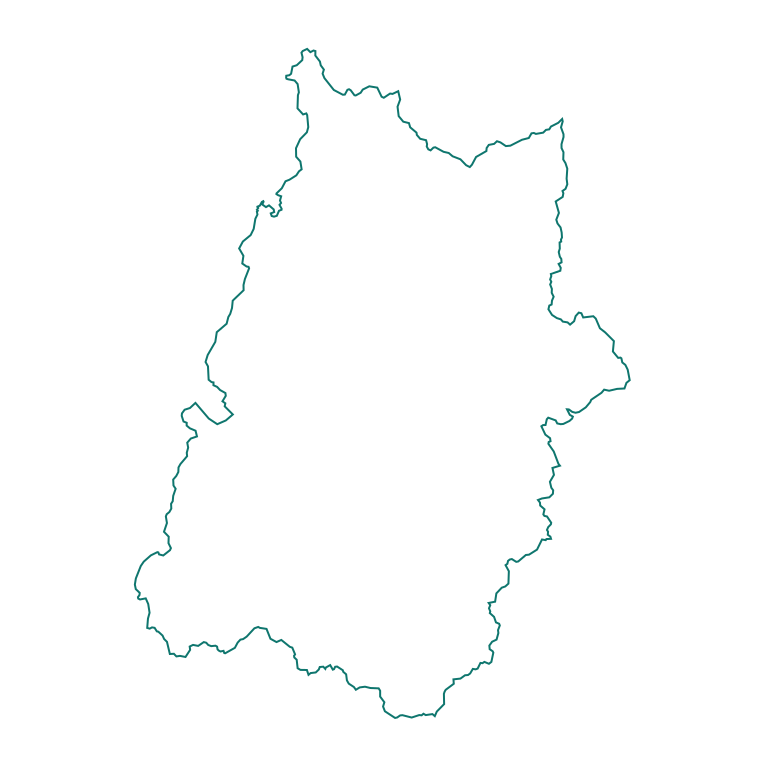 Melgar, Puno, Peru (orthographic projection), rotated 181°
{"feature_id": "86281439B3458988471442", "entity_name": "Melgar", "entity_type": "district", "adm_level": 2, "iso_a3": "PER", "parent_name": "Peru", "parent_adm1": "Puno", "projection": "orthographic", "projection_center": [-70.684, -14.635], "detail": "fine", "context": "isolated", "style": "outline", "palette": "teal", "viewbox_px": 768, "rotation_deg": 181, "n_neighbors": 0, "source": "geoboundaries", "source_scale": "gbopen_adm2", "svg_char_len": 6116}
<svg xmlns="http://www.w3.org/2000/svg" viewBox="0 0 768 768"><g transform="rotate(181 384 384)"><path d="M628.6,174.6L624.6,170.9L624.8,168.7L626.3,166.6L626.0,165.2L624.2,164.3L618.5,165.5L615.9,159.9L614.4,151.2L615.9,145.3L616.5,136.0L614.0,135.3L611.7,136.6L609.1,136.2L606.8,132.7L605.3,132.4L601.0,128.6L599.4,125.2L596.5,122.4L593.4,110.3L589.4,110.6L586.8,108.0L583.3,108.6L577.7,107.6L573.2,114.8L573.7,118.1L570.4,119.8L565.2,118.9L559.7,122.8L557.2,122.2L555.2,120.0L552.2,118.9L547.9,119.4L546.3,118.5L545.8,115.8L544.6,114.6L542.8,113.7L539.8,114.4L539.0,112.2L538.1,112.0L528.5,117.6L525.8,122.9L523.1,125.9L520.4,126.5L516.9,129.0L509.3,137.5L505.5,138.9L503.9,138.0L497.2,137.1L493.1,127.3L487.0,124.1L482.2,126.3L473.6,119.6L471.1,118.8L468.2,112.1L469.2,110.6L468.9,109.0L466.5,106.8L465.4,98.3L462.6,96.7L456.1,96.7L454.4,91.9L452.3,93.7L447.2,94.4L444.2,97.4L443.3,99.9L439.8,100.3L437.7,98.1L437.2,99.5L432.9,102.0L430.2,97.5L429.0,98.0L427.9,100.4L426.0,100.7L420.2,97.1L419.7,95.5L416.8,93.1L415.9,87.0L414.0,83.8L408.8,80.5L406.8,77.8L403.0,80.2L397.7,81.0L392.3,79.8L384.0,79.6L382.5,77.2L382.4,71.4L378.1,65.8L379.3,61.5L377.4,56.8L367.1,50.3L365.0,50.8L362.1,52.9L359.8,53.2L350.5,51.0L343.0,53.6L340.6,53.4L338.8,55.0L336.5,53.7L329.8,54.8L327.4,52.8L325.5,57.4L318.3,65.0L318.7,75.3L318.0,77.5L317.0,79.3L309.0,85.5L309.4,89.9L302.4,90.8L297.9,94.2L294.9,94.5L292.8,96.1L290.2,100.7L287.4,100.3L285.4,101.1L282.7,106.8L280.6,106.6L278.8,107.9L274.2,106.1L271.8,108.0L270.0,117.3L270.7,118.7L273.7,120.7L274.1,124.3L271.4,128.2L267.0,130.4L265.3,137.0L265.7,139.9L264.0,144.6L264.7,146.3L267.9,147.6L269.9,153.1L274.2,156.8L273.8,158.5L275.1,161.6L273.9,164.7L275.5,166.9L269.1,168.3L268.0,176.6L262.7,182.4L259.2,183.7L256.1,186.6L255.9,199.0L259.3,205.0L257.5,206.4L256.9,209.3L255.2,210.7L253.1,211.2L248.7,208.5L246.7,208.9L239.2,215.5L236.0,215.9L228.1,221.1L223.3,231.3L219.6,230.7L218.9,231.8L214.3,232.1L215.0,234.3L217.6,236.1L217.4,239.2L218.5,240.9L217.3,243.8L214.7,246.6L214.4,248.2L218.7,254.4L221.3,254.9L222.4,256.4L221.3,261.5L225.7,265.2L226.0,268.2L228.0,270.7L224.1,272.3L216.7,273.6L213.2,277.2L213.0,280.7L214.9,283.2L216.4,289.1L212.5,296.1L214.1,303.0L206.7,305.4L208.2,307.2L213.1,319.5L218.6,327.1L218.3,328.9L216.5,329.7L217.0,332.7L221.8,336.2L225.9,344.5L224.2,345.7L221.8,345.8L220.6,351.6L219.2,353.2L211.7,350.6L210.1,347.6L206.6,346.9L204.0,347.2L197.9,350.3L195.3,352.7L194.6,354.7L197.7,356.4L200.6,361.9L198.7,361.8L195.3,359.4L192.0,358.6L188.5,359.4L181.8,364.2L177.5,369.5L176.5,371.9L166.4,379.0L163.8,382.2L158.8,381.2L150.8,383.2L143.5,383.7L141.6,389.4L138.4,392.1L140.6,402.6L143.0,407.3L146.1,409.7L147.1,413.8L148.0,414.5L150.3,414.2L155.7,420.5L154.9,430.9L163.8,439.5L169.1,443.5L173.4,453.1L175.9,455.4L186.0,454.0L187.9,458.2L190.5,458.8L193.6,455.2L195.0,450.1L199.0,446.6L201.5,448.8L206.3,449.5L208.3,451.7L212.3,452.9L217.2,456.0L220.9,461.6L220.1,465.3L217.8,466.4L217.5,470.3L215.9,474.2L217.9,478.1L217.8,482.0L219.6,486.4L218.5,489.1L219.7,491.4L218.6,494.8L219.1,496.9L209.7,500.3L209.3,503.2L211.5,507.1L208.6,508.7L208.9,512.1L210.4,514.3L211.6,519.0L210.6,522.4L210.9,528.6L209.3,529.5L209.6,531.4L208.6,533.6L209.0,538.5L210.2,543.6L213.3,547.5L214.6,551.3L212.1,558.1L215.5,569.5L208.6,574.2L208.0,577.9L208.9,580.1L205.9,582.3L204.2,586.9L205.0,592.5L204.5,602.5L206.4,608.0L208.7,611.6L208.6,618.9L210.6,623.0L210.7,626.9L208.8,634.1L208.9,636.9L211.5,643.7L209.9,649.7L210.5,652.1L214.3,648.2L221.6,644.3L223.2,641.5L226.5,640.9L229.2,638.1L236.5,636.7L238.5,637.6L240.9,637.2L243.5,632.5L250.3,630.6L261.8,624.5L266.3,624.0L271.8,627.6L275.3,628.7L278.1,626.0L283.4,624.9L285.5,621.7L285.7,618.7L295.9,612.6L299.9,604.8L302.0,602.4L305.7,604.2L311.5,610.0L319.4,612.9L323.3,616.1L328.5,617.2L336.9,621.6L338.7,621.2L341.5,618.4L343.8,619.4L345.4,622.2L345.1,624.6L346.2,628.5L352.1,629.8L355.5,633.6L355.9,635.9L362.3,641.1L363.6,645.3L369.3,646.6L374.0,652.1L375.3,661.5L372.8,668.7L374.9,677.0L380.5,674.2L383.0,674.5L389.2,670.2L391.4,671.2L395.9,680.2L403.9,681.4L410.4,678.0L412.4,674.8L417.3,672.0L418.6,672.2L422.4,677.1L424.1,678.1L425.7,677.5L428.2,672.7L430.2,672.5L439.3,677.1L448.9,688.8L450.8,693.2L449.6,697.3L452.8,701.5L453.7,705.3L458.4,711.2L458.4,715.7L460.3,716.2L463.4,714.5L466.7,717.7L471.1,715.5L472.3,713.8L471.1,709.3L471.4,706.4L476.8,701.2L481.0,699.8L482.3,692.6L484.0,691.1L487.1,690.5L487.2,688.6L486.8,687.5L485.2,687.0L478.7,685.9L475.6,682.4L474.2,674.1L475.1,671.3L475.3,658.1L469.6,652.1L466.4,653.2L465.5,651.5L464.2,639.5L465.5,634.3L472.1,627.3L476.1,618.2L475.8,609.7L471.5,605.0L470.1,597.2L472.7,595.2L475.3,591.1L482.1,586.6L486.0,585.0L489.6,577.9L494.8,572.7L494.9,572.0L493.1,570.9L490.1,569.9L491.2,565.6L490.1,563.2L491.6,561.3L489.4,557.4L489.5,556.4L492.0,555.4L494.1,550.3L496.9,549.4L499.2,550.0L500.2,552.6L496.8,554.0L497.3,556.6L502.1,560.6L505.1,558.8L508.9,561.4L507.6,564.1L507.9,564.7L509.3,563.9L511.3,560.1L514.4,558.8L513.2,558.7L512.8,557.8L514.1,556.0L513.2,555.0L514.1,554.2L513.5,551.2L515.5,547.0L517.0,536.8L519.9,530.6L527.6,524.0L531.2,517.0L526.8,509.7L527.8,502.0L523.5,499.1L521.5,498.8L520.9,497.3L524.9,486.5L526.2,480.5L526.0,475.3L536.7,464.7L537.3,457.3L539.0,451.4L540.8,448.3L542.4,441.5L552.1,432.9L553.4,423.2L560.8,409.9L562.8,402.9L560.3,398.6L559.4,385.2L556.5,382.9L554.5,382.6L554.5,379.8L550.8,378.2L547.8,375.1L542.4,372.2L542.0,369.4L545.2,363.9L542.3,361.9L542.9,358.9L534.6,350.9L541.5,344.8L550.0,340.9L558.6,346.4L572.2,361.8L577.6,356.6L582.9,354.8L585.5,351.1L585.7,348.6L583.8,343.0L580.6,341.8L580.6,339.0L577.3,336.3L571.6,334.0L570.1,328.3L576.2,326.1L579.7,321.9L578.7,317.0L580.0,311.8L579.6,308.4L586.1,300.5L588.0,297.0L588.1,292.4L590.1,288.4L593.1,284.8L592.7,278.8L590.5,275.6L592.8,268.5L593.2,263.1L594.8,260.5L594.5,255.7L596.4,252.2L599.0,250.0L599.8,247.8L598.6,241.2L601.4,232.4L596.6,227.6L596.7,221.1L594.2,216.2L595.1,214.1L601.7,208.7L605.9,209.7L606.7,211.7L607.7,211.9L614.1,208.6L621.1,202.2L624.0,197.8L628.7,185.3L629.6,179.1L628.6,174.6Z" fill="none" stroke="#0f766e" stroke-width="2"/></g></svg>